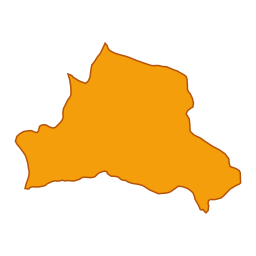 the district of Sri Aman, Sarawak, Malaysia
{"feature_id": "92858781B67044495158935", "entity_name": "Sri Aman", "entity_type": "district", "adm_level": 2, "iso_a3": "MYS", "parent_name": "Malaysia", "parent_adm1": "Sarawak", "projection": "mercator", "projection_center": [111.279, 1.22], "detail": "fine", "context": "isolated", "style": "filled", "palette": "amber", "viewbox_px": 256, "rotation_deg": 0, "n_neighbors": 0, "source": "geoboundaries", "source_scale": "gbopen_adm2", "svg_char_len": 2370}
<svg xmlns="http://www.w3.org/2000/svg" viewBox="0 0 256 256"><path d="M25.0,188.5L28.8,189.0L30.2,187.5L32.2,186.8L34.1,186.9L37.5,187.0L39.4,186.8L42.7,186.2L45.3,185.5L46.8,184.1L48.8,183.0L51.9,181.6L54.9,180.8L57.2,181.1L59.8,180.8L62.3,180.2L65.0,181.0L67.1,180.5L71.0,180.8L74.1,181.0L79.5,179.3L81.7,177.7L84.0,177.1L88.1,177.5L91.3,177.6L94.6,176.9L97.1,174.6L98.2,173.4L101.8,171.8L104.8,171.1L106.7,171.7L107.5,173.7L111.2,176.2L114.7,176.3L117.9,177.0L119.3,177.9L120.5,179.1L122.2,180.0L124.2,180.3L125.9,180.5L127.2,181.5L129.6,182.5L131.9,183.3L138.2,184.3L141.5,185.1L143.9,186.2L149.6,189.9L153.5,191.6L158.4,193.7L162.0,193.4L166.4,193.0L169.3,192.3L171.8,190.9L175.9,187.9L178.4,186.2L182.4,186.6L187.5,188.4L190.2,190.3L193.0,192.8L194.3,196.1L195.1,199.4L198.2,204.7L199.4,207.4L200.3,209.6L202.0,210.0L203.0,209.4L203.6,210.2L204.8,211.8L206.0,212.8L208.1,210.5L208.7,205.6L208.0,203.5L208.5,200.7L210.3,199.5L214.8,199.6L221.0,198.0L223.7,195.8L227.2,192.1L230.3,188.9L233.6,187.0L236.2,185.4L239.3,184.1L240.3,183.1L240.6,182.9L240.2,172.6L239.2,170.6L236.0,168.6L230.1,166.5L229.3,163.7L228.7,158.7L225.0,153.8L219.1,149.7L213.0,146.6L204.0,140.7L201.2,138.5L194.0,135.0L190.2,131.3L190.0,130.0L189.8,124.5L189.2,118.8L187.4,115.8L186.1,113.8L187.8,110.5L190.9,108.1L192.9,107.0L193.0,106.2L193.5,103.3L192.4,98.5L190.3,93.9L188.1,91.3L187.4,88.6L187.4,84.5L187.0,79.5L186.3,76.8L184.5,75.1L179.8,72.5L177.1,70.9L174.5,70.1L170.1,68.3L166.8,66.8L162.7,66.5L158.3,65.5L152.0,65.7L146.3,63.9L136.4,60.4L130.3,57.9L126.2,56.4L120.8,55.0L116.3,53.7L113.2,52.5L109.1,50.0L108.0,48.3L107.2,45.7L105.1,43.2L102.2,49.5L100.2,53.6L97.4,56.9L94.5,61.6L91.8,65.1L91.0,69.5L90.0,77.0L88.4,80.9L85.5,83.4L79.1,80.9L77.7,80.1L76.1,79.0L73.7,77.7L71.6,75.4L68.0,74.0L69.7,79.7L70.8,86.9L71.0,92.1L70.8,95.2L69.7,97.4L68.2,99.2L66.2,103.1L63.4,108.8L62.9,113.2L63.1,115.8L63.1,117.8L62.1,120.1L60.3,122.5L58.1,124.7L56.6,126.3L55.0,127.6L52.4,128.0L49.4,126.9L46.5,125.2L44.5,124.7L41.3,125.2L39.5,126.5L38.9,129.1L38.4,131.1L36.9,132.6L34.1,131.8L31.4,130.7L29.2,130.6L26.6,131.1L23.6,131.5L21.4,132.8L19.2,134.2L17.0,136.3L16.1,138.8L15.4,141.2L17.0,144.2L19.6,147.3L23.8,153.0L25.7,156.2L26.6,159.1L27.5,162.2L28.1,165.2L28.4,167.9L29.0,170.5L29.2,173.1L28.8,175.9L27.9,179.2L26.2,183.6L25.0,188.5Z" fill="#f59e0b" stroke="#b45309" stroke-width="1.5"/></svg>